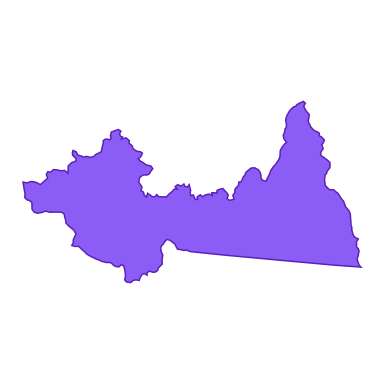 Diorama, Goiás, Brazil (orthographic projection)
{"feature_id": "56859067B93328586623041", "entity_name": "Diorama", "entity_type": "district", "adm_level": 2, "iso_a3": "BRA", "parent_name": "Brazil", "parent_adm1": "Goiás", "projection": "orthographic", "projection_center": [-51.364, -16.2], "detail": "fine", "context": "isolated", "style": "filled", "palette": "violet", "viewbox_px": 384, "rotation_deg": 0, "n_neighbors": 0, "source": "geoboundaries", "source_scale": "gbopen_adm2", "svg_char_len": 4118}
<svg xmlns="http://www.w3.org/2000/svg" viewBox="0 0 384 384"><path d="M147.0,275.2L147.1,272.8L149.5,271.0L152.4,272.2L155.4,272.1L157.7,270.5L158.3,268.1L160.3,266.0L162.3,264.0L162.0,261.3L162.4,257.7L162.8,254.8L161.4,252.3L160.7,248.6L161.2,246.2L163.1,244.3L164.9,241.5L167.0,239.4L170.2,240.4L172.3,242.1L174.9,244.1L176.3,247.0L177.6,249.3L180.9,249.6L182.9,250.4L186.7,250.2L190.3,251.6L223.2,255.0L278.5,260.1L334.8,265.2L361.0,267.1L359.1,265.2L358.4,263.0L357.4,260.6L357.3,258.1L358.3,255.8L358.4,253.7L359.1,251.4L358.3,248.6L356.6,247.3L356.6,244.3L356.4,242.0L358.3,239.0L355.8,237.8L354.0,236.4L352.8,233.8L351.9,230.4L351.8,227.3L351.0,225.0L350.9,222.8L350.8,220.1L350.5,217.8L350.5,215.7L350.1,213.3L348.9,210.7L347.2,208.6L345.7,207.0L344.8,204.6L343.6,201.2L341.9,199.4L340.7,197.7L339.3,195.3L337.4,192.7L335.5,191.6L333.9,189.8L331.2,189.7L329.0,189.5L327.5,187.7L325.3,185.5L324.9,182.3L324.5,179.8L324.9,177.5L324.9,175.4L326.5,173.6L327.1,171.2L329.8,167.9L330.1,165.2L329.9,162.5L327.9,160.5L325.6,158.8L324.0,157.5L322.1,156.3L320.6,154.9L321.1,151.7L323.1,148.9L322.6,146.7L321.8,144.8L323.3,142.7L324.4,140.2L322.1,137.4L319.4,135.8L319.2,133.1L317.2,131.7L315.3,131.2L313.1,129.5L310.8,126.9L309.6,124.3L308.2,121.6L308.8,118.0L309.3,114.6L306.8,111.7L304.8,108.8L303.8,106.0L305.4,103.3L303.4,101.4L299.1,103.3L296.9,104.7L295.6,106.3L293.6,106.9L291.7,108.5L289.5,111.0L287.4,114.7L286.4,116.8L285.7,119.9L286.3,123.6L286.4,127.1L284.9,129.1L284.8,131.5L283.2,135.5L284.0,138.9L286.5,142.6L284.6,144.0L282.1,147.1L280.3,150.4L280.1,153.4L280.0,156.3L278.9,159.5L277.0,162.2L275.5,164.6L273.8,166.1L270.7,170.6L269.7,173.7L267.6,177.8L265.9,181.3L262.7,180.4L261.0,178.0L260.9,175.0L260.1,172.2L258.3,169.8L254.7,167.8L251.2,168.0L248.0,170.5L245.8,172.5L245.0,175.0L243.4,176.7L242.2,179.7L241.0,181.9L238.9,182.0L238.2,185.8L236.1,187.7L235.0,189.4L234.6,192.9L232.8,195.4L234.1,199.0L231.5,200.0L228.7,200.1L227.1,198.5L228.3,195.1L226.6,192.5L225.0,191.0L223.0,188.6L220.1,189.1L217.0,190.4L216.9,193.2L214.3,192.7L211.6,192.9L212.3,195.4L208.8,194.1L205.3,194.9L202.7,196.8L200.2,194.8L197.1,196.9L197.6,199.5L195.1,199.2L193.4,194.9L190.9,195.7L190.2,192.9L190.6,190.2L189.1,184.7L187.5,186.9L185.2,186.7L183.9,184.0L181.4,186.0L177.6,184.7L175.2,186.5L177.1,189.2L174.6,188.9L171.7,191.9L169.0,194.1L166.4,196.9L164.3,196.9L162.0,196.8L159.0,196.8L156.7,194.6L154.9,196.8L152.0,196.6L150.0,194.8L147.6,193.3L146.5,197.0L144.3,195.3L143.4,192.0L141.0,190.8L142.0,187.0L140.5,184.8L138.9,182.5L139.1,179.2L140.3,176.8L143.7,174.8L146.6,175.1L149.1,174.1L151.3,170.6L152.8,168.7L150.9,166.0L147.9,165.3L145.4,164.4L143.5,162.8L140.5,161.2L138.2,158.7L140.1,157.4L141.4,155.6L142.4,153.1L140.5,151.8L137.5,151.4L134.7,150.0L132.9,148.4L132.2,145.9L129.1,143.2L129.4,140.7L126.1,137.9L121.5,138.9L122.5,137.0L120.3,136.1L119.6,133.7L120.9,131.1L118.3,129.5L111.4,132.0L110.4,135.7L111.1,138.5L109.4,139.9L107.2,139.0L105.0,139.3L103.1,140.8L103.3,143.0L102.7,145.0L101.2,151.8L99.2,152.8L95.5,154.6L93.9,156.3L90.9,157.4L86.4,156.4L83.6,157.1L81.5,156.1L77.8,155.1L76.1,151.7L72.9,150.5L72.4,153.1L72.6,155.2L76.1,158.7L76.1,160.8L71.4,162.8L68.2,165.9L68.0,173.2L64.5,170.4L61.2,170.8L56.7,169.8L53.5,169.6L50.2,172.4L47.9,171.6L46.3,174.3L47.6,178.3L44.5,180.9L41.9,183.3L40.3,184.6L36.7,182.6L34.4,181.9L30.6,181.5L27.4,182.9L23.0,182.1L24.3,189.9L25.0,193.5L24.8,197.6L27.1,199.9L29.2,200.5L31.8,202.3L32.0,206.6L32.0,209.2L34.3,212.3L37.5,213.2L40.0,212.8L42.1,212.4L45.7,211.1L49.8,212.3L52.7,212.1L56.2,212.1L61.6,212.2L64.2,214.0L64.6,216.7L65.6,220.1L65.9,222.9L68.1,225.5L74.0,230.3L76.0,234.2L74.4,237.1L73.2,240.1L73.3,242.6L71.8,245.5L74.6,246.4L78.6,246.4L82.4,249.9L84.5,251.7L86.0,253.3L88.3,255.1L90.8,256.4L96.2,259.1L99.5,260.2L101.8,261.4L106.5,262.5L110.2,262.5L112.2,263.8L113.7,265.4L115.8,266.5L119.0,266.9L121.4,264.5L123.9,266.3L124.5,269.2L125.1,271.7L125.3,273.9L125.4,276.6L124.7,279.9L126.5,282.0L130.7,282.6L132.9,280.6L135.9,279.8L139.1,280.5L140.2,277.6L141.9,274.7L144.1,273.5L147.0,275.2Z" fill="#8b5cf6" stroke="#5b21b6" stroke-width="1.5"/></svg>